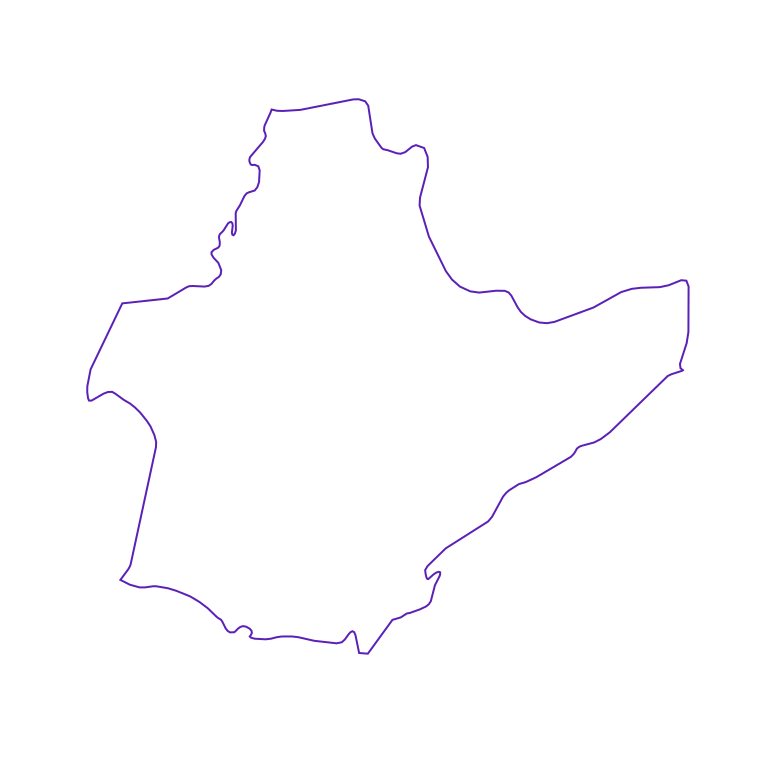 Värmland, Natural Earth projection, rotated 101°
{"feature_id": "SWE-188", "entity_name": "Värmland", "entity_type": "County", "adm_level": 1, "iso_a3": "SWE", "parent_name": "Sweden", "parent_adm1": "", "projection": "natural_earth1", "projection_center": [13.103, 59.9], "detail": "fine", "context": "isolated", "style": "outline", "palette": "violet", "viewbox_px": 768, "rotation_deg": 101, "n_neighbors": 0, "source": "natural_earth", "source_scale": "10m", "svg_char_len": 2955}
<svg xmlns="http://www.w3.org/2000/svg" viewBox="0 0 768 768"><g transform="rotate(101 384 384)"><path d="M307.9,97.3L312.0,95.9L313.4,93.2L314.1,93.8L319.6,103.8L322.1,107.1L388.3,153.1L396.6,160.6L401.3,166.6L407.2,178.7L408.8,180.8L410.8,182.4L414.1,183.4L416.8,184.6L419.8,186.6L446.5,216.8L453.4,226.4L456.4,232.3L456.8,232.8L464.6,241.0L467.4,243.2L471.7,245.6L493.5,252.5L499.0,255.5L533.5,292.0L554.4,306.5L558.8,308.1L562.8,306.8L566.0,305.3L567.1,304.2L567.0,303.3L561.1,298.7L559.0,296.5L557.9,294.4L558.1,293.0L559.8,292.6L561.7,292.7L571.9,295.6L588.3,296.6L591.5,297.9L594.3,300.2L598.4,305.8L603.8,314.9L604.9,317.8L609.9,323.0L613.9,330.7L651.8,348.4L652.8,357.1L636.2,364.0L633.3,365.9L632.7,367.8L633.8,369.3L636.0,370.8L642.3,373.7L645.6,376.2L647.6,381.1L649.4,403.4L648.9,420.0L649.4,426.3L651.4,436.3L652.9,440.7L655.6,446.4L657.2,451.5L658.7,462.3L658.4,466.1L657.5,467.6L655.3,466.6L653.6,466.2L651.6,466.9L649.9,469.0L648.5,473.1L648.6,476.2L649.9,478.7L652.1,480.7L655.7,483.1L656.3,483.8L657.2,487.8L656.2,490.4L654.1,492.8L647.6,497.8L646.3,499.4L645.8,501.1L644.6,503.7L637.7,514.3L633.2,523.5L629.5,533.7L626.6,548.7L625.7,557.2L626.0,568.8L626.6,572.1L629.3,579.9L630.3,585.2L629.5,595.2L626.6,605.4L614.7,599.7L612.0,598.8L609.7,598.3L489.6,595.8L484.3,596.6L477.9,599.7L470.2,605.1L465.6,609.6L458.7,617.7L454.6,623.9L451.7,629.4L449.3,636.2L444.8,645.9L443.6,649.3L444.5,653.4L447.1,657.6L456.1,667.9L456.6,670.4L454.4,671.8L448.5,673.8L442.7,674.8L425.6,674.8L354.8,656.3L341.3,612.6L326.9,596.5L325.2,594.0L324.3,590.5L322.6,578.8L321.2,575.0L318.7,572.5L314.8,570.4L312.5,568.7L310.5,566.6L307.6,565.2L303.3,565.5L296.7,569.7L292.6,575.4L289.7,578.0L287.6,578.5L284.8,576.7L282.0,573.0L280.4,572.0L278.9,571.8L275.9,572.3L271.5,574.0L270.1,574.1L268.0,573.6L266.0,572.1L264.1,570.9L256.0,567.7L254.5,566.2L254.2,564.8L255.2,563.5L257.5,562.7L264.5,562.2L266.4,561.3L266.7,560.1L264.8,559.1L261.5,558.7L244.5,562.2L242.1,561.9L236.0,559.5L226.2,556.9L223.2,555.3L221.6,553.2L218.8,547.9L215.0,545.9L209.5,545.2L198.0,546.8L194.3,548.9L193.5,552.8L194.2,555.1L194.0,556.5L193.1,557.4L190.9,558.7L189.1,559.0L186.8,558.8L169.5,549.0L165.9,547.6L163.1,547.3L160.2,548.7L158.4,550.0L155.4,550.5L153.1,550.5L138.9,547.1L136.0,546.7L136.2,541.1L135.3,535.4L130.9,518.5L110.5,468.5L109.3,463.1L110.1,456.4L113.8,452.6L140.2,443.1L144.9,439.7L152.6,431.6L153.7,429.5L153.8,424.9L155.1,415.4L154.8,411.6L152.4,407.5L151.3,406.5L145.6,401.7L143.4,398.2L144.7,389.6L149.6,386.5L152.7,384.5L162.8,382.2L194.1,384.2L202.1,383.1L230.8,368.0L261.4,344.8L268.5,337.2L273.9,328.0L276.6,317.0L276.1,308.0L271.1,291.9L269.5,283.4L270.3,279.3L272.9,275.9L283.4,267.3L287.2,263.3L290.2,258.5L292.5,252.5L294.0,243.4L293.2,235.6L290.5,228.5L268.9,192.9L248.5,168.7L243.3,158.9L240.5,150.1L236.3,131.8L232.8,123.5L225.4,112.0L224.9,106.9L230.2,103.6L274.9,95.1L286.1,94.7L307.9,97.3Z" fill="none" stroke="#5b21b6" stroke-width="2"/></g></svg>